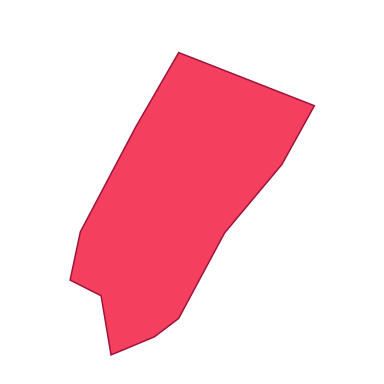 an SVG outline of Saint Andrew, rotated 166°
{"feature_id": "VCT-5065", "entity_name": "Saint Andrew", "entity_type": "Parish", "adm_level": 1, "iso_a3": "VCT", "parent_name": "Saint Vincent and the Grenadines", "parent_adm1": "", "projection": "mercator", "projection_center": [-61.224, 13.201], "detail": "fine", "context": "isolated", "style": "filled", "palette": "rose", "viewbox_px": 384, "rotation_deg": 166, "n_neighbors": 0, "source": "natural_earth", "source_scale": "10m", "svg_char_len": 310}
<svg xmlns="http://www.w3.org/2000/svg" viewBox="0 0 384 384"><g transform="rotate(166 192 192)"><path d="M171.2,330.5L52.4,246.1L98.1,197.0L170.3,144.4L235.5,72.6L263.4,60.6L310.0,53.5L305.3,113.3L331.6,136.0L310.0,180.3L230.8,268.8L171.2,330.5Z" fill="#f43f5e" stroke="#9f1239" stroke-width="1.5"/></g></svg>